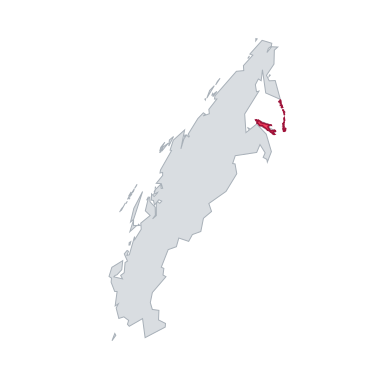 location of Sakhalin within Russia, rotated 303°
{"feature_id": "RUS-2616", "entity_name": "Sakhalin", "entity_type": "Region", "adm_level": 1, "iso_a3": "RUS", "parent_name": "Russia", "parent_adm1": "", "projection": "robinson", "projection_center": [146.417, 48.915], "detail": "fine", "context": "in_parent", "style": "filled", "palette": "rose", "viewbox_px": 384, "rotation_deg": 303, "n_neighbors": 0, "source": "natural_earth", "source_scale": "10m", "svg_char_len": 8785}
<svg xmlns="http://www.w3.org/2000/svg" viewBox="0 0 384 384"><g transform="rotate(303 192 192)"><path d="M269.1,236.6L258.1,238.9L260.1,237.0L259.8,232.8L264.7,232.0L268.8,223.2L260.4,224.7L246.0,208.5L238.0,210.6L239.0,212.8L231.7,219.6L211.0,220.2L191.5,212.4L186.3,219.0L176.2,215.9L163.7,220.9L156.5,215.5L148.8,216.1L146.2,206.0L137.6,208.7L130.7,203.4L112.2,207.2L112.6,210.0L106.6,212.9L106.8,216.3L86.1,213.5L76.5,217.3L71.9,222.7L74.7,228.7L66.5,233.6L67.3,241.4L64.1,243.1L44.3,232.0L58.9,219.5L45.2,212.5L45.9,209.9L49.8,208.8L50.2,202.9L46.1,199.5L53.4,191.6L58.1,191.1L54.6,189.6L67.7,183.4L66.5,181.3L72.3,173.3L75.9,171.4L76.0,168.4L85.2,165.8L96.7,171.3L88.6,175.4L81.7,174.2L80.1,172.9L78.3,172.7L81.3,181.1L83.2,177.6L87.4,179.1L96.4,174.3L98.9,175.5L103.2,168.9L107.6,169.4L107.7,171.0L103.4,172.0L105.2,173.6L123.3,168.1L120.9,169.9L133.1,169.7L138.0,166.0L149.5,169.7L150.8,163.1L162.8,158.8L164.7,159.4L160.9,162.2L159.2,169.4L152.6,173.9L148.0,173.6L152.9,174.9L162.7,168.5L165.3,168.2L164.9,171.1L167.9,171.6L167.4,168.4L160.7,167.6L163.9,164.3L163.1,162.3L168.4,159.1L167.6,162.7L171.7,163.5L173.0,163.4L169.2,161.2L174.3,160.0L181.5,161.6L178.2,164.2L179.1,165.4L182.3,161.7L179.8,157.3L189.9,158.4L192.4,156.7L190.5,154.8L193.3,153.6L215.6,152.3L215.2,150.8L225.3,148.1L240.0,152.0L222.1,159.2L232.2,156.3L236.9,156.5L236.3,159.0L236.4,159.4L237.1,159.5L238.5,157.3L256.9,156.9L264.6,158.4L264.5,160.8L261.9,160.0L267.1,163.9L270.5,161.1L283.5,162.2L282.2,160.2L285.2,158.9L317.4,163.5L322.0,169.3L326.0,166.3L339.9,168.5L339.2,165.4L357.4,168.2L360.2,177.9L357.6,179.1L354.1,177.8L349.8,178.9L357.2,179.7L360.3,185.0L355.8,183.8L343.9,191.1L330.4,190.9L327.3,196.2L330.8,201.1L317.8,215.6L315.2,199.9L332.9,184.5L323.0,189.4L322.9,186.1L316.5,186.7L311.2,191.5L313.1,193.2L286.1,193.7L271.2,204.9L284.2,209.2L281.0,222.7L269.1,236.6ZM165.5,150.3L137.3,157.9L133.3,156.8L146.7,152.1L165.5,150.3ZM287.3,206.1L291.3,222.1L287.7,220.5L288.7,228.5L285.2,229.8L284.8,212.0L287.3,206.1ZM124.9,161.5L136.8,158.2L132.1,161.1L133.8,163.9L124.9,161.5ZM278.9,153.3L286.8,151.5L293.3,152.8L278.9,153.3ZM213.7,143.1L220.1,145.5L209.8,144.4L213.7,143.1ZM212.4,141.5L219.0,142.1L208.6,142.7L212.4,141.5ZM223.3,144.7L228.5,146.3L217.9,147.5L223.3,144.7ZM294.7,153.5L298.6,153.1L302.7,153.6L294.7,153.5ZM23.7,205.9L31.3,204.3L30.3,206.2L23.7,205.9ZM142.1,142.4L146.6,142.1L137.7,142.8L142.1,142.4ZM285.8,156.6L290.0,158.1L283.3,157.6L285.8,156.6ZM117.1,167.7L113.7,168.8L113.2,168.0L115.4,166.9L117.1,167.7ZM150.6,141.9L154.8,141.6L156.2,141.9L150.6,141.9ZM163.3,141.9L160.7,142.6L158.2,142.3L159.5,141.9L163.3,141.9ZM166.9,142.0L163.8,141.9L168.6,141.7L166.9,142.0ZM135.8,164.6L135.6,166.4L134.4,165.0L135.8,164.6ZM211.6,143.5L208.6,144.0L207.3,143.3L211.6,143.5ZM153.9,141.1L158.9,140.9L156.6,141.4L153.9,141.1ZM355.9,163.3L353.5,163.1L355.5,162.0L355.9,163.3ZM139.1,142.0L141.7,142.2L135.7,142.2L139.1,142.0ZM163.5,158.2L160.3,158.4L163.6,158.1L163.5,158.2ZM235.8,155.0L236.6,156.1L234.6,155.5L235.8,155.0ZM337.4,166.0L335.5,166.5L334.4,166.0L337.4,166.0ZM156.3,142.7L154.4,142.5L157.7,142.7L156.3,142.7ZM157.5,141.4L158.2,141.9L156.0,141.6L157.5,141.4ZM298.6,231.3L298.0,232.4L296.2,234.1L298.6,231.3ZM152.6,142.7L153.5,143.2L151.6,143.1L152.6,142.7ZM174.2,159.8L171.7,160.3L171.3,160.2L174.2,159.8ZM332.6,194.0L330.8,193.7L332.4,193.1L332.6,194.0ZM285.6,155.7L284.6,156.5L284.1,155.9L285.6,155.7ZM276.3,203.9L276.5,205.4L275.5,205.0L276.3,203.9ZM316.4,216.1L315.0,218.2L314.5,217.5L316.4,216.1ZM149.0,142.8L146.8,143.0L146.4,142.8L149.0,142.8ZM176.6,158.4L175.6,159.2L175.3,159.0L176.6,158.4ZM277.7,152.7L276.4,153.1L276.9,152.2L277.7,152.7ZM292.9,235.6L295.5,234.0L292.9,236.0L292.9,235.6Z" fill="#d9dde1" stroke="#a8b0b8" stroke-width="1"/><path d="M286.8,206.4L286.8,206.6L286.9,206.4L287.0,206.5L287.0,206.4L287.1,206.2L287.8,206.9L287.6,207.5L287.4,207.6L287.6,207.6L287.8,208.0L287.6,207.7L287.6,207.9L287.7,208.1L287.8,208.2L287.7,208.2L287.9,208.3L287.7,208.4L287.8,208.5L287.9,208.4L288.0,208.5L287.9,208.7L288.0,208.8L287.9,208.9L288.1,208.9L288.2,209.0L288.5,210.3L288.4,210.5L288.4,211.1L288.3,211.5L288.1,211.8L288.1,211.6L288.3,211.5L288.2,211.4L288.3,211.1L287.9,211.8L288.0,211.8L288.0,212.4L287.9,212.3L287.9,212.5L288.0,212.5L288.0,212.8L287.9,212.8L288.0,213.0L288.3,213.6L288.2,213.6L288.1,214.1L288.4,214.1L288.3,213.9L288.4,213.7L288.5,213.9L288.6,214.1L288.7,214.6L288.7,214.9L288.8,214.9L288.7,214.6L288.8,214.7L289.3,217.4L289.8,218.2L290.0,219.0L290.1,219.3L290.3,219.6L290.2,219.8L290.4,220.4L290.6,220.9L290.7,221.0L291.2,221.4L291.3,222.0L291.2,222.1L291.1,221.6L290.8,221.2L290.4,220.9L290.3,220.7L289.9,220.4L289.0,220.2L288.6,220.1L288.4,220.0L288.1,220.0L289.0,220.2L288.3,220.2L287.9,220.4L287.5,220.7L287.4,221.0L287.5,221.3L287.0,222.3L286.4,223.9L286.4,224.6L286.5,224.9L286.9,225.5L287.1,225.6L287.4,226.0L287.5,226.3L287.5,226.5L287.7,227.0L287.8,227.1L287.6,227.2L287.7,227.3L287.8,227.5L288.2,227.6L288.3,227.5L288.2,227.4L287.8,227.3L287.8,227.2L288.1,227.3L288.3,227.3L288.4,227.2L288.5,227.2L288.5,227.4L288.6,227.9L288.7,228.3L288.8,228.5L288.4,229.0L288.4,229.3L288.3,229.5L288.3,228.9L288.1,228.4L288.1,228.2L288.3,228.0L288.2,228.0L287.7,227.9L287.2,227.8L286.9,227.9L286.8,227.7L286.5,227.5L286.2,227.8L286.0,228.0L285.7,228.6L285.5,229.5L285.3,229.6L285.3,229.8L284.9,229.4L284.9,228.8L284.7,228.0L284.7,227.8L285.3,226.6L285.3,226.2L285.1,225.9L285.1,225.7L285.1,225.4L285.1,225.0L285.4,224.3L285.6,224.0L285.5,223.0L285.1,222.2L284.9,221.7L285.2,221.5L285.2,221.4L285.4,220.9L285.5,220.5L285.4,220.2L285.6,219.8L285.7,219.2L285.6,218.6L285.7,218.0L285.7,217.5L285.7,217.3L285.5,216.7L285.6,216.3L285.6,216.0L285.7,215.8L286.0,215.4L286.0,215.2L285.8,214.8L285.8,214.6L285.6,214.3L285.6,214.2L285.3,214.0L285.3,213.8L285.2,213.8L285.1,213.6L284.8,213.4L285.0,213.5L285.1,213.4L284.7,213.1L284.8,213.0L284.7,212.5L284.8,212.3L284.8,212.1L284.7,211.9L284.8,211.7L285.0,211.4L285.2,211.1L285.2,210.9L285.3,210.3L285.4,209.9L285.2,209.5L285.1,209.2L285.1,208.9L285.5,208.7L286.1,208.5L286.1,208.8L286.6,208.9L286.8,208.6L287.1,208.5L286.9,208.4L286.7,208.5L286.7,208.2L287.0,208.1L287.3,208.0L287.3,207.7L287.2,207.6L287.1,208.0L286.9,208.0L287.1,207.6L287.1,207.4L286.6,206.8L286.5,206.6L286.3,206.4L286.6,206.5L286.8,206.4ZM300.5,231.2L300.7,231.3L300.5,231.5L300.1,231.5L299.7,231.7L299.4,231.7L298.5,232.5L298.2,232.5L298.1,232.3L297.9,232.4L297.9,232.5L297.7,232.9L297.1,233.3L297.0,233.6L296.7,233.6L296.4,234.0L296.1,233.9L296.3,233.6L296.3,233.4L296.5,233.6L296.4,233.3L296.7,233.4L296.9,233.2L296.7,233.0L296.7,232.9L296.8,232.8L297.1,232.7L297.5,232.5L297.6,232.1L297.9,232.2L298.2,231.8L298.5,231.7L298.4,231.4L298.6,231.2L298.7,231.6L298.9,231.7L299.4,231.6L300.0,231.1L300.4,230.9L300.5,230.9L300.7,231.0L300.5,231.2ZM316.5,216.5L316.6,216.8L316.4,216.9L316.4,217.1L316.0,217.6L315.9,217.6L315.5,217.8L315.2,217.9L315.0,218.3L314.9,218.3L315.0,218.1L314.6,218.1L314.7,217.8L314.6,217.7L314.8,217.5L315.0,217.2L315.6,217.2L315.8,216.9L316.0,216.4L316.3,216.1L316.5,216.2L316.5,216.5ZM294.9,234.0L295.5,233.9L295.3,234.2L295.2,234.1L294.9,234.4L294.4,234.5L294.0,234.9L293.9,235.1L293.7,235.2L293.6,235.4L293.4,235.5L293.2,235.7L293.1,236.2L292.9,236.0L292.8,235.7L293.5,235.1L293.7,234.8L293.8,234.7L294.1,234.4L294.4,233.8L294.6,233.8L294.9,234.0ZM304.0,228.9L304.5,228.9L304.1,229.3L303.8,229.4L303.7,229.6L303.3,230.0L303.1,230.1L302.5,230.6L302.4,230.7L302.0,230.7L302.3,230.4L302.5,230.0L302.8,229.9L303.3,229.3L303.7,229.2L304.0,228.9ZM317.2,215.9L317.3,216.1L317.1,216.5L316.8,216.5L316.6,216.4L316.6,216.2L317.0,215.9L317.2,215.9ZM313.8,219.3L314.0,219.3L313.9,219.6L313.8,220.1L313.6,220.3L313.3,220.3L313.3,220.1L313.4,219.9L313.6,219.5L313.6,219.4L313.8,219.3ZM308.2,226.4L308.3,226.3L308.1,226.5L307.8,227.0L307.4,227.3L307.1,227.3L307.1,227.2L307.4,227.1L308.2,226.2L308.2,226.4ZM296.1,235.6L296.3,235.7L296.3,235.8L295.8,235.9L295.7,236.0L295.5,235.8L296.1,235.6ZM315.2,216.0L315.0,215.9L315.0,215.7L315.4,215.7L315.5,215.9L315.5,216.0L315.2,216.0ZM312.5,221.3L312.2,221.7L312.2,221.8L312.0,221.7L312.3,221.5L312.3,221.4L312.5,221.3ZM313.3,220.6L313.3,220.8L313.2,220.9L313.0,220.6L313.3,220.6ZM308.8,225.6L308.9,225.9L308.6,225.8L308.7,225.6L308.8,225.6ZM310.0,224.5L309.9,224.8L309.8,224.6L310.0,224.5ZM310.5,223.7L310.5,223.8L310.4,223.8L310.2,223.6L310.4,223.5L310.5,223.7ZM294.3,236.6L294.7,236.6L294.5,236.8L294.3,236.6ZM312.9,218.8L313.0,218.9L312.9,219.0L312.8,218.9L312.9,218.8ZM311.8,221.1L312.1,221.2L311.9,221.3L311.8,221.2L311.8,221.1ZM293.8,236.8L294.0,236.9L293.9,236.9L293.8,236.8ZM305.1,228.2L305.1,228.3L305.1,228.2ZM295.0,236.3L294.9,236.3L294.9,236.2L295.0,236.3ZM294.4,236.8L294.2,236.9L294.3,236.8L294.4,236.8Z" fill="#f43f5e" stroke="#9f1239" stroke-width="1.5"/></g></svg>